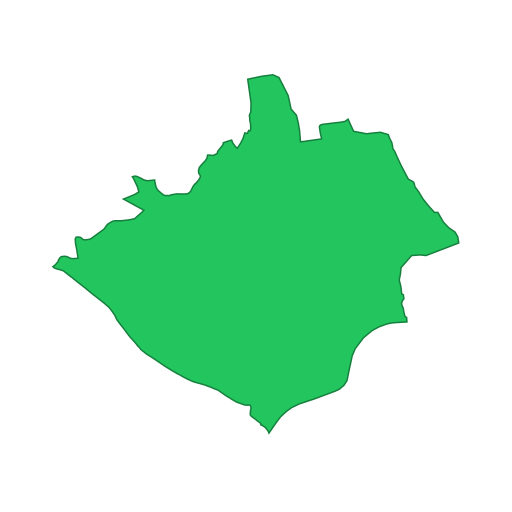 Ibadan North, Oyo, Nigeria, rotated 82°
{"feature_id": "59680162B6783963116345", "entity_name": "Ibadan North", "entity_type": "district", "adm_level": 2, "iso_a3": "NGA", "parent_name": "Nigeria", "parent_adm1": "Oyo", "projection": "albers", "projection_center": [3.902, 7.422], "detail": "fine", "context": "isolated", "style": "filled", "palette": "green", "viewbox_px": 512, "rotation_deg": 82, "n_neighbors": 0, "source": "geoboundaries", "source_scale": "gbopen_adm2", "svg_char_len": 4433}
<svg xmlns="http://www.w3.org/2000/svg" viewBox="0 0 512 512"><g transform="rotate(82 256 256)"><path d="M416.3,250.7L414.1,247.5L411.0,241.6L408.5,233.7L405.7,218.4L400.9,196.6L399.5,192.0L396.2,186.8L392.0,183.2L380.4,179.1L368.2,174.6L361.5,170.6L351.9,160.9L346.0,151.4L343.3,144.1L341.6,136.2L341.2,131.4L341.4,126.7L342.3,115.7L337.8,115.4L336.6,116.9L334.6,117.1L331.7,117.4L328.0,117.5L325.4,118.3L322.9,118.4L320.3,116.9L319.0,115.5L314.9,115.5L313.7,117.0L311.0,116.9L306.2,116.8L299.7,117.5L294.0,115.5L287.7,114.0L277.2,101.8L277.8,93.2L279.2,87.6L271.3,53.4L265.2,53.5L260.1,55.5L254.8,61.2L248.5,65.7L238.1,69.9L237.7,73.2L230.4,78.2L222.7,82.7L215.0,86.0L209.5,89.0L205.9,89.3L204.5,89.9L201.0,94.5L185.9,99.9L176.7,102.7L171.3,104.2L169.3,105.4L162.6,105.7L157.8,107.4L154.2,108.1L150.8,115.6L150.4,125.3L150.4,129.3L146.1,142.0L133.3,145.8L135.1,149.1L135.3,153.4L135.1,160.6L134.9,172.1L135.2,173.6L135.7,174.6L137.1,175.3L142.9,175.2L149.1,174.7L149.2,177.1L149.2,181.7L149.2,187.8L149.2,193.0L149.1,196.1L145.1,195.8L138.1,195.4L130.5,195.6L122.2,196.4L115.4,200.8L101.7,201.8L82.4,208.4L78.9,214.1L78.8,225.0L79.8,239.6L103.6,239.6L112.6,241.1L114.6,242.3L115.7,243.0L117.9,243.0L121.1,243.3L123.8,243.0L127.3,243.3L129.0,243.5L131.2,244.3L131.1,244.9L130.7,245.8L133.3,247.4L133.3,248.0L132.5,249.9L136.8,252.0L138.3,252.8L141.8,255.3L143.1,256.4L146.7,259.5L144.9,261.1L144.0,261.6L140.8,263.3L137.8,264.0L138.0,265.3L138.5,268.4L139.3,272.6L140.9,273.0L143.3,275.3L144.8,277.1L146.9,279.2L148.2,279.9L149.1,280.0L150.5,284.5L149.8,287.1L149.3,289.9L152.1,290.8L154.5,292.8L156.2,295.0L158.3,297.5L160.3,299.7L163.4,301.1L165.9,301.2L166.0,301.2L168.7,300.0L169.9,300.1L171.3,301.0L172.9,302.4L175.2,304.9L176.6,307.0L178.2,308.5L180.3,310.0L182.7,311.6L184.0,313.2L184.9,315.3L184.4,320.0L183.5,325.6L183.5,329.5L183.7,332.3L184.3,333.6L183.9,334.3L183.7,335.4L183.6,336.8L183.2,338.3L182.6,339.1L181.4,340.3L180.0,341.6L177.8,343.5L176.1,344.6L175.8,344.7L173.4,345.4L171.8,345.6L171.5,345.6L169.8,345.7L167.6,345.9L166.6,345.8L166.5,350.9L166.3,353.0L166.2,353.8L164.7,357.0L163.4,358.5L161.7,361.1L160.6,362.9L160.1,364.5L160.0,365.7L160.2,366.5L160.4,367.4L161.5,366.8L162.9,366.3L170.9,363.8L176.2,363.1L178.3,367.9L181.2,379.3L195.1,360.7L196.8,362.9L199.8,367.5L201.2,369.6L202.2,371.0L202.2,372.0L202.5,375.5L202.5,379.7L202.4,382.2L202.4,383.3L202.3,383.9L202.3,384.9L202.1,386.4L201.8,388.6L201.5,390.2L201.5,392.0L201.7,393.4L202.1,394.6L202.9,396.2L203.4,397.6L204.1,398.8L205.6,400.4L207.6,402.1L208.3,402.9L209.1,404.4L210.5,407.0L212.4,410.6L212.9,411.5L213.3,412.2L213.7,413.0L214.7,414.9L215.5,416.4L215.9,417.3L216.2,418.3L216.3,419.9L216.3,422.2L216.2,422.9L216.1,423.8L215.8,424.5L215.4,425.2L214.3,426.1L213.4,426.9L213.0,427.5L212.7,428.5L212.4,429.7L212.3,431.5L212.9,431.9L213.9,432.6L218.4,433.0L225.3,432.6L229.6,432.6L233.4,432.4L233.2,437.4L232.5,440.0L230.8,442.5L230.3,443.3L229.6,445.7L229.5,448.5L229.8,449.4L230.4,450.3L232.3,452.0L234.2,453.0L236.1,455.2L237.1,456.4L237.4,457.2L238.0,457.8L238.3,458.6L239.5,457.7L240.2,456.7L240.8,455.5L241.7,453.5L243.8,448.9L250.9,442.1L251.8,441.0L253.3,439.8L254.1,439.0L255.1,438.1L255.9,437.3L256.7,436.6L263.8,429.7L264.6,428.9L265.3,428.4L265.8,427.9L270.6,423.5L277.0,417.3L281.7,412.8L286.7,408.5L287.6,408.0L290.8,406.2L294.3,404.4L296.5,403.6L299.9,402.6L305.3,399.6L309.7,397.0L316.3,393.4L319.5,391.5L323.8,388.5L327.3,386.3L327.7,386.0L327.8,386.1L328.7,385.6L329.2,385.2L330.5,384.2L332.9,382.8L338.0,377.9L343.5,371.4L352.7,361.3L357.8,355.1L361.6,350.3L362.7,348.6L363.1,348.0L364.6,346.2L367.7,342.0L369.0,340.0L371.3,336.4L372.4,334.3L374.0,330.5L374.8,328.6L375.6,326.9L376.6,324.5L378.0,322.2L379.3,319.6L379.6,319.1L381.4,316.2L382.4,314.3L383.3,312.7L384.2,311.5L385.8,309.9L387.2,308.3L388.5,307.0L390.5,304.8L392.7,302.0L394.3,300.2L395.1,299.2L396.4,297.6L397.7,295.9L399.1,293.5L400.2,291.2L401.8,288.3L402.1,287.4L402.3,286.3L402.6,284.7L402.7,283.5L402.8,282.8L403.7,282.3L404.8,282.0L405.7,282.1L406.3,282.1L407.0,282.5L407.8,282.8L409.4,283.2L410.9,283.6L412.4,283.7L413.2,283.6L415.1,281.9L417.9,279.0L419.8,277.3L421.3,275.8L421.9,275.1L422.3,274.8L422.5,274.6L422.8,274.5L423.3,274.7L423.8,274.7L424.3,274.2L424.5,273.5L425.4,272.5L427.3,270.5L429.1,269.5L431.5,268.1L432.1,268.1L433.2,267.8L426.9,262.1L422.6,258.0L418.7,254.1L416.3,250.7Z" fill="#22c55e" stroke="#15803d" stroke-width="1.5"/></g></svg>